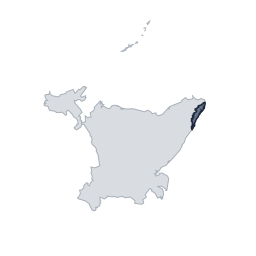 Kerala on a map of India (orthographic projection), rotated 232°
{"feature_id": "IND-2442", "entity_name": "Kerala", "entity_type": "State", "adm_level": 1, "iso_a3": "IND", "parent_name": "India", "parent_adm1": "", "projection": "orthographic", "projection_center": [76.221, 10.533], "detail": "fine", "context": "in_parent", "style": "filled", "palette": "slate", "viewbox_px": 256, "rotation_deg": 232, "n_neighbors": 0, "source": "natural_earth", "source_scale": "10m", "svg_char_len": 7192}
<svg xmlns="http://www.w3.org/2000/svg" viewBox="0 0 256 256"><g transform="rotate(232 128 128)"><path d="M51.0,110.8L54.1,110.3L54.5,108.2L60.0,109.2L63.8,107.8L65.0,108.9L66.8,108.0L65.0,100.5L62.9,100.3L62.1,99.1L62.5,95.6L59.2,94.2L59.4,92.0L64.3,86.9L66.3,88.7L72.1,87.4L74.7,82.9L77.7,81.3L80.4,76.2L82.6,75.3L83.1,73.4L87.0,70.0L86.4,69.2L86.7,65.6L90.6,63.4L90.2,62.5L87.4,61.8L87.3,60.4L85.7,60.3L85.5,59.0L84.0,57.9L84.8,56.2L84.0,55.0L85.4,53.7L83.6,53.0L84.0,52.1L83.1,51.3L84.0,49.8L85.7,49.2L92.7,50.7L97.0,49.4L102.9,45.2L104.1,45.3L104.0,46.6L105.6,50.1L108.9,51.7L107.7,53.4L108.2,56.2L109.9,58.0L110.4,61.7L108.9,62.5L107.8,61.2L106.2,61.7L108.0,64.8L108.2,68.4L110.0,67.9L112.1,70.2L115.5,71.3L115.8,72.5L120.1,74.8L117.0,77.3L115.5,82.4L125.1,87.8L129.6,88.8L129.9,89.7L132.9,90.5L137.1,89.7L139.9,90.8L140.4,92.2L143.5,93.8L145.2,93.3L146.5,94.6L158.3,95.5L159.0,93.5L157.8,91.1L158.2,86.4L160.4,85.5L161.6,85.9L161.6,88.7L162.5,89.9L161.7,90.7L164.1,92.7L167.4,93.2L170.3,92.0L172.4,92.6L178.9,91.8L179.0,89.3L176.3,87.9L176.4,86.7L181.0,85.8L183.9,81.3L186.4,80.6L190.2,77.0L194.3,78.3L197.1,75.8L198.9,76.8L197.9,77.8L198.1,78.7L199.4,77.9L200.5,79.5L199.3,81.6L200.9,81.2L204.7,82.3L205.0,83.9L203.1,86.1L204.7,88.7L202.6,87.6L200.0,88.2L195.2,92.4L195.7,95.6L193.5,99.9L194.3,101.5L192.2,108.5L187.9,107.6L188.8,113.1L187.8,113.7L188.2,118.4L187.1,119.9L186.0,119.1L185.3,120.1L182.4,110.2L180.8,110.2L179.6,114.4L178.5,113.2L177.9,113.8L176.8,111.0L177.5,108.0L180.2,107.3L181.2,106.0L181.5,103.2L182.8,102.7L180.4,101.5L171.9,102.0L168.6,101.4L168.2,97.6L167.2,96.1L166.7,97.3L165.8,97.4L163.7,95.1L162.8,96.0L160.2,94.3L160.6,95.5L159.0,98.3L164.0,101.8L161.4,102.3L159.4,105.7L163.3,107.6L162.8,111.1L163.8,113.5L165.0,113.9L166.4,122.9L165.3,122.4L164.8,123.4L164.0,120.2L163.9,123.0L162.2,122.4L161.4,123.2L161.5,120.2L160.0,118.9L161.3,120.3L160.3,122.1L155.8,124.2L154.6,125.8L155.4,129.0L154.3,131.3L152.4,133.2L151.6,132.9L151.5,133.9L148.0,135.2L147.6,134.0L146.2,134.9L145.8,135.8L147.3,135.6L143.7,138.7L140.1,143.8L130.5,151.1L130.0,154.3L127.2,155.8L124.4,155.8L122.7,159.3L120.8,158.5L118.8,159.6L117.5,163.5L119.1,173.0L118.2,171.6L117.7,172.3L119.3,173.7L115.7,186.1L116.6,186.8L116.6,192.1L113.5,192.5L111.3,196.7L111.8,198.1L114.2,198.9L111.6,198.5L108.3,199.5L106.9,200.8L106.2,203.8L102.9,205.7L100.2,204.3L97.2,200.7L95.8,197.4L95.3,194.6L96.6,196.9L95.9,194.6L92.3,185.9L87.7,178.7L84.5,167.0L82.0,163.5L81.4,160.0L80.5,159.7L78.6,155.2L76.1,142.1L76.9,139.9L76.7,139.1L75.9,140.1L75.8,139.5L75.8,138.2L76.8,138.4L75.7,137.8L75.1,135.0L76.5,130.1L75.0,125.9L75.7,125.3L75.0,125.4L77.8,123.7L74.6,124.0L75.5,122.4L74.6,122.3L74.8,121.2L76.2,120.8L72.7,120.6L73.2,121.6L71.8,123.2L73.0,124.9L71.6,127.1L66.0,129.5L63.0,128.9L54.9,120.1L55.4,119.3L56.6,120.2L61.6,118.6L63.5,115.6L58.9,117.4L56.5,116.9L53.4,114.8L52.3,112.5L54.3,110.9L51.3,112.3L51.0,110.8ZM191.2,182.3L190.1,180.4L191.4,178.2L191.3,171.3L192.4,170.1L191.7,173.8L192.4,176.2L191.7,176.9L191.2,182.3ZM198.7,207.8L198.9,210.8L197.8,209.2L198.7,207.8ZM190.3,188.3L189.6,188.4L189.4,187.2L190.3,186.2L190.3,188.3ZM196.0,203.3L196.0,204.1L195.8,203.4L196.0,203.3ZM196.8,202.1L196.6,203.2L196.6,202.0L196.8,202.1ZM198.0,206.8L197.7,207.7L197.4,207.4L198.0,206.8ZM192.5,196.5L191.9,196.6L192.2,196.1L192.5,196.5ZM191.1,182.8L190.6,183.3L190.8,182.5L191.1,182.8ZM192.7,179.2L193.0,180.0L192.4,179.5L192.7,179.2ZM194.6,202.0L194.2,201.8L194.3,201.4L194.6,202.0ZM190.8,173.8L190.6,174.7L190.7,173.8L190.8,173.8Z" fill="#d9dde1" stroke="#a8b0b8" stroke-width="1"/><path d="M89.3,181.9L89.2,182.0L89.1,181.9L89.1,181.6L88.9,181.1L88.8,180.8L88.8,180.6L88.6,180.7L88.6,180.4L88.5,180.2L88.1,179.6L88.1,179.4L87.9,179.1L87.8,178.8L87.3,177.7L87.2,177.5L87.4,177.4L87.6,177.4L87.7,177.5L87.8,177.7L88.0,177.7L88.0,177.8L88.3,177.8L88.6,178.0L88.7,178.3L88.8,178.2L88.9,178.3L89.0,178.4L89.1,178.5L89.3,178.4L89.6,178.5L89.5,178.8L89.7,179.0L89.8,179.2L90.1,179.2L90.2,179.4L90.0,179.5L90.2,179.9L90.3,180.3L90.5,180.3L91.2,181.1L91.3,181.1L91.6,181.3L91.7,181.5L91.9,181.5L92.1,181.6L92.4,181.6L92.5,181.7L92.5,181.9L92.6,182.0L92.8,182.3L93.1,182.4L93.3,182.4L93.7,182.5L93.8,182.5L94.0,182.4L94.3,182.3L94.4,182.8L94.5,182.9L94.9,182.9L95.0,183.0L95.2,183.3L95.3,183.2L95.6,183.5L95.9,183.6L96.1,183.6L96.3,184.0L96.2,184.2L96.1,184.3L96.0,184.5L95.9,184.5L95.7,184.6L95.3,184.5L95.3,184.9L95.3,185.1L95.7,185.3L96.3,185.5L96.5,185.7L96.8,185.7L96.8,185.8L96.9,186.0L97.1,186.1L96.7,186.5L96.5,186.8L96.8,186.8L97.1,186.9L97.7,186.8L97.8,186.8L98.0,186.7L98.0,186.8L98.0,187.0L98.1,187.3L98.3,187.7L98.4,187.8L98.1,187.8L97.9,188.0L97.9,188.4L98.0,188.5L98.4,188.7L98.8,188.9L98.9,189.2L99.1,189.3L99.1,189.7L99.1,190.0L98.9,190.2L98.8,190.3L98.8,190.8L98.8,191.1L98.7,191.3L98.7,191.5L98.9,191.9L98.9,192.2L99.1,192.4L99.4,192.7L99.6,192.8L99.7,192.7L99.9,192.6L100.3,192.3L100.6,192.2L100.8,192.0L101.0,192.0L101.2,192.4L101.3,192.6L101.4,192.8L101.5,192.8L101.4,193.1L101.2,193.7L101.1,193.8L101.2,194.0L101.4,194.3L101.3,194.5L101.2,194.8L101.2,195.0L101.2,195.3L100.9,196.4L100.9,196.5L101.0,196.6L101.3,196.8L101.7,196.7L101.8,196.6L102.0,196.9L102.2,197.1L102.2,197.4L102.0,197.6L101.8,198.1L101.7,198.3L101.3,199.4L101.2,199.8L100.8,200.1L101.0,200.8L101.3,201.0L101.2,201.4L100.9,201.9L100.9,202.0L101.0,202.3L101.1,202.5L101.3,202.7L101.4,202.8L101.5,202.9L101.5,203.0L101.4,203.2L101.3,203.3L101.2,203.3L101.1,203.6L101.1,203.8L100.9,203.9L100.9,204.1L100.8,204.3L100.7,204.4L99.8,203.9L99.6,203.7L99.1,203.0L98.8,202.7L98.7,202.5L98.3,202.0L98.2,201.9L98.0,201.7L97.8,201.4L97.7,201.2L97.2,200.8L97.1,200.7L97.3,200.7L97.6,200.6L97.3,200.6L97.4,200.3L97.5,200.3L97.8,200.3L97.7,200.2L97.9,200.1L97.7,200.1L97.4,200.1L97.3,200.4L97.2,200.4L97.2,200.2L97.1,200.3L97.1,200.5L97.0,200.4L96.9,200.1L96.8,199.8L96.6,199.5L96.6,199.3L96.8,199.1L96.7,199.2L96.5,198.9L96.4,198.7L96.5,199.2L96.6,199.3L96.0,198.2L95.7,197.2L95.6,196.3L95.7,196.2L95.5,195.3L95.4,194.8L95.3,194.4L95.5,194.4L95.6,194.6L95.4,194.7L95.4,194.8L95.5,194.9L95.6,195.0L95.7,194.9L95.9,195.9L95.9,195.4L95.9,195.2L95.9,194.9L96.0,195.2L96.0,195.5L96.1,195.8L96.1,196.0L96.1,196.4L96.0,196.9L96.0,197.0L96.4,197.1L96.5,197.1L96.9,196.9L96.6,196.8L96.4,196.8L96.3,196.7L96.4,196.3L96.3,196.0L96.3,195.9L96.2,195.9L96.2,195.6L96.1,195.4L96.2,195.2L96.0,194.7L95.8,194.4L95.7,194.3L95.5,194.0L95.5,193.9L95.4,193.8L95.3,193.5L95.2,193.5L95.2,193.3L95.2,193.7L95.3,194.0L95.2,194.1L95.0,193.5L95.0,193.3L94.9,193.2L95.2,192.9L95.3,192.9L95.3,192.7L95.2,192.7L95.1,192.8L95.0,193.0L94.9,193.0L94.8,192.8L94.7,192.6L94.6,192.1L94.5,191.8L94.3,191.5L94.2,191.0L94.2,190.9L93.9,190.7L93.5,189.8L93.5,189.6L93.4,189.5L93.4,189.4L93.5,189.3L93.4,189.2L93.2,188.5L92.9,187.5L92.4,186.2L92.4,185.9L92.2,185.8L92.1,185.6L92.0,185.4L91.9,185.3L91.6,185.2L91.5,184.9L91.4,184.8L91.4,184.7L91.1,183.9L91.0,183.7L90.2,182.9L89.9,182.7L90.4,182.6L90.3,182.4L90.3,182.2L90.2,182.3L89.9,182.3L89.6,182.1L89.9,182.0L89.9,181.9L89.8,181.7L89.9,181.4L90.0,181.5L90.3,181.3L90.3,181.2L90.1,181.3L89.9,181.2L89.8,181.3L89.7,181.4L89.6,181.5L89.4,181.4L89.3,181.5L89.3,181.9Z" fill="#64748b" stroke="#1e293b" stroke-width="1.5"/></g></svg>